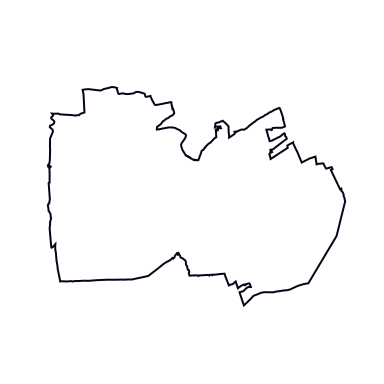 outline of Horgesti, Bacau, Romania, rotated 259°
{"feature_id": "2599482B43422893509109", "entity_name": "Horgesti", "entity_type": "district", "adm_level": 2, "iso_a3": "ROU", "parent_name": "Romania", "parent_adm1": "Bacau", "projection": "equal_earth", "projection_center": [27.07, 46.402], "detail": "fine", "context": "isolated", "style": "outline", "palette": "ink", "viewbox_px": 384, "rotation_deg": 259, "n_neighbors": 0, "source": "geoboundaries", "source_scale": "gbopen_adm2", "svg_char_len": 5985}
<svg xmlns="http://www.w3.org/2000/svg" viewBox="0 0 384 384"><g transform="rotate(259 192 192)"><path d="M153.7,340.6L155.4,340.4L157.4,340.6L158.8,340.0L160.7,340.4L163.4,339.7L164.6,338.8L165.9,339.2L166.8,339.2L166.4,337.9L187.1,332.5L187.6,334.3L189.7,333.9L189.8,332.6L189.3,328.5L189.4,328.1L192.5,327.0L195.0,326.4L195.1,326.1L195.6,320.4L195.4,319.6L203.2,319.9L202.4,313.6L200.0,305.3L210.8,303.1L216.4,301.6L219.8,300.8L221.1,300.6L221.4,300.7L220.4,297.4L219.4,294.4L217.1,294.4L209.4,275.5L212.8,275.4L214.3,275.1L214.7,275.3L215.3,276.5L215.8,276.3L216.1,276.5L216.4,277.5L215.8,277.9L215.9,278.2L216.9,277.5L217.5,277.7L217.9,277.3L218.0,276.8L218.3,276.8L218.6,277.5L218.6,277.8L218.0,278.4L219.0,280.7L225.2,293.1L225.8,294.8L226.2,295.2L228.1,294.9L229.2,294.1L231.5,294.2L231.9,294.1L232.0,293.8L231.3,292.1L230.2,290.2L229.6,288.9L227.6,281.5L227.2,280.7L227.1,280.0L227.3,279.4L227.1,277.9L229.1,277.7L229.4,277.9L229.8,277.9L231.1,277.5L237.0,277.1L238.1,276.9L239.0,276.9L238.5,280.7L238.3,281.1L237.6,281.7L237.6,282.1L237.9,282.4L239.2,283.1L239.3,283.3L239.4,283.7L238.9,287.7L238.1,291.2L238.0,293.3L238.6,295.8L243.0,295.6L245.4,295.3L246.1,295.6L246.5,295.3L247.0,295.3L247.3,295.6L250.8,295.2L256.8,294.3L257.6,294.0L257.9,293.7L256.8,288.3L255.6,284.9L255.3,283.2L254.0,280.4L253.7,278.8L252.9,276.9L252.4,276.0L251.7,272.9L251.0,271.3L250.5,269.5L249.3,267.5L248.0,264.6L246.9,262.6L245.9,260.4L244.7,258.7L243.9,257.0L243.2,254.9L243.8,253.1L243.8,251.8L242.9,247.7L243.0,245.7L242.2,246.3L241.9,245.2L240.8,244.8L238.3,238.8L241.2,239.3L243.8,239.4L249.5,240.4L253.7,237.7L255.0,236.5L256.0,235.9L255.7,235.3L255.9,234.5L255.6,233.6L255.5,232.7L255.2,231.9L255.2,229.1L254.8,228.1L251.3,226.9L251.6,228.0L251.5,229.2L251.1,230.3L251.0,232.3L250.1,232.3L249.1,232.6L249.3,231.0L249.4,229.5L247.9,229.2L248.2,228.2L247.5,228.1L247.6,227.5L248.9,227.7L248.9,227.3L241.1,226.3L240.8,225.1L240.5,224.4L237.0,219.6L236.3,217.6L235.8,216.9L234.6,214.9L233.9,214.2L233.6,214.0L233.5,213.4L233.3,213.2L232.7,213.0L232.3,212.2L231.4,211.4L231.2,211.1L231.0,210.2L230.8,209.8L230.2,209.1L228.9,208.5L222.0,204.3L222.1,203.5L222.5,202.7L222.5,202.4L222.4,202.2L222.5,201.9L222.8,201.7L222.7,201.2L222.8,200.9L223.2,200.6L222.9,200.2L223.1,199.8L225.6,196.9L225.9,197.0L226.1,196.8L226.1,196.5L226.5,195.9L226.9,195.9L227.4,195.5L227.3,194.8L228.3,194.3L228.4,193.8L228.9,193.3L228.9,193.0L229.3,192.7L229.9,192.8L230.5,192.4L234.9,190.7L238.3,190.2L239.6,190.2L240.8,190.4L242.1,191.3L244.3,193.7L246.3,195.6L247.3,196.3L248.4,196.8L248.9,196.9L249.8,196.6L250.5,196.0L252.7,193.5L254.5,192.2L255.1,191.6L258.0,187.7L258.4,187.0L258.7,186.2L259.1,185.0L259.8,181.7L259.9,174.6L259.8,170.8L260.1,169.4L262.5,170.1L262.7,170.6L263.0,171.0L264.5,174.2L266.8,176.8L267.3,177.7L267.6,178.5L268.7,180.5L269.3,183.1L270.3,184.8L270.7,186.1L270.9,187.4L272.5,189.5L274.1,189.6L277.2,189.3L277.2,188.6L277.9,188.7L279.1,188.6L279.4,188.8L280.0,188.9L280.4,188.6L284.1,188.8L284.3,187.0L284.2,185.5L284.3,183.2L284.2,181.1L284.2,174.8L284.3,173.0L284.5,172.5L284.7,172.2L286.1,171.6L290.3,170.3L293.1,169.6L294.2,169.6L294.1,165.7L294.2,165.0L294.5,164.6L295.1,164.4L296.8,164.4L297.6,164.2L299.7,160.2L300.3,158.8L300.9,156.7L300.9,156.2L300.0,153.4L300.1,151.6L300.3,148.3L300.6,146.5L302.2,142.2L302.1,139.1L302.3,138.7L302.9,138.4L306.6,138.0L307.4,137.9L308.5,138.2L309.6,135.9L310.2,133.8L310.4,132.8L310.1,130.6L309.9,125.2L309.2,122.5L309.1,121.9L309.1,121.3L309.8,119.4L310.1,118.0L310.9,115.8L312.5,110.7L312.9,108.9L313.1,106.9L313.2,104.1L308.9,104.2L290.6,101.6L290.1,97.7L290.0,97.2L289.1,96.1L289.0,95.6L289.4,93.0L289.2,92.4L290.7,87.8L292.0,82.6L293.4,77.3L294.5,75.5L295.3,70.8L295.7,69.6L294.1,70.3L293.7,70.3L293.3,70.0L292.9,69.5L292.7,68.8L292.4,68.4L291.6,67.9L291.2,67.9L290.7,68.0L288.5,69.9L287.8,70.2L287.2,70.3L286.6,70.1L285.9,69.7L285.2,68.9L284.7,67.4L284.2,65.4L283.3,64.9L283.0,64.8L282.6,64.9L280.1,66.9L278.8,67.1L278.0,67.0L277.2,66.6L271.6,62.9L262.5,61.0L261.1,60.9L255.9,59.8L253.6,59.2L251.4,58.8L247.9,57.7L247.4,57.4L246.9,56.9L246.6,56.9L245.9,56.4L245.7,55.6L244.4,55.7L244.6,57.7L243.8,58.2L242.8,57.1L242.8,56.4L241.4,56.4L236.9,55.7L228.4,54.0L228.2,53.0L212.1,51.1L208.0,49.6L207.9,48.9L206.2,47.9L203.2,47.9L200.8,47.6L199.6,48.2L197.7,48.8L196.7,48.9L194.4,48.5L193.3,48.8L189.0,46.7L188.8,46.8L185.9,46.2L185.5,45.9L183.9,45.4L177.9,44.7L165.6,43.4L164.6,43.4L164.2,43.5L164.5,44.8L166.9,47.9L164.1,47.2L161.2,46.8L158.4,46.8L150.3,45.9L146.9,45.9L141.9,45.5L129.3,45.6L129.3,46.8L128.0,52.5L127.6,56.1L127.5,56.6L127.0,57.5L126.9,60.0L126.0,65.3L125.6,68.8L125.1,71.1L124.6,73.1L123.6,81.8L122.0,92.5L120.5,100.1L119.7,104.8L118.8,109.2L118.3,112.9L117.6,116.0L117.9,133.0L123.5,144.2L126.6,149.9L128.2,153.8L128.8,156.2L129.5,157.8L130.4,159.5L131.0,160.2L130.2,160.8L130.4,161.0L130.9,162.1L132.7,163.1L134.8,165.6L135.0,166.1L134.9,166.9L134.0,167.3L133.3,166.2L133.0,166.3L133.1,166.8L132.6,167.7L131.8,168.2L130.5,168.1L129.8,168.5L128.4,170.4L128.0,170.5L127.2,171.4L126.1,172.3L125.0,172.6L123.7,172.5L121.6,172.2L120.4,173.0L116.5,173.0L115.9,174.0L114.1,174.1L113.7,173.6L111.6,173.4L110.4,173.6L109.5,179.7L108.9,182.0L108.5,182.1L108.3,182.3L108.7,183.3L107.5,192.0L107.4,192.6L106.8,193.0L107.1,193.2L107.1,194.4L107.0,195.7L106.5,196.2L106.9,196.5L106.8,197.5L106.5,198.0L106.2,203.2L105.6,208.4L103.1,208.6L93.2,210.4L93.7,211.8L93.8,212.4L93.7,213.6L94.3,215.5L95.0,216.3L95.8,217.8L90.9,218.4L88.7,218.8L89.4,219.8L90.0,221.3L90.7,222.6L90.8,223.2L90.8,223.6L91.3,225.6L91.2,225.9L90.3,226.4L90.3,226.7L90.5,227.0L91.0,227.2L91.3,227.8L91.4,228.4L91.4,230.8L90.3,231.2L87.5,231.7L87.6,230.9L88.0,229.5L87.8,228.5L87.2,227.0L85.5,224.5L84.7,222.8L84.6,219.5L70.8,221.3L75.1,228.1L78.4,232.7L79.0,236.3L79.9,240.7L79.9,243.6L78.0,252.8L78.2,256.1L78.0,258.6L77.9,262.9L77.4,266.9L77.6,269.6L79.6,277.7L80.3,284.0L80.2,288.8L121.2,325.5L153.7,340.6Z" fill="none" stroke="#020617" stroke-width="2"/></g></svg>